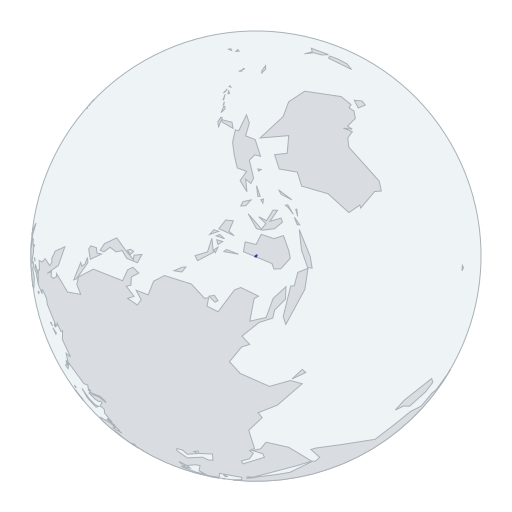 Tutong on an orthographic globe, rotated 243°
{"feature_id": "BRN-1184", "entity_name": "Tutong", "entity_type": "District", "adm_level": 1, "iso_a3": "BRN", "parent_name": "Brunei", "parent_adm1": "", "projection": "orthographic", "projection_center": [114.706, 4.599], "detail": "coarse", "context": "on_globe", "style": "filled", "palette": "violet", "viewbox_px": 512, "rotation_deg": 243, "n_neighbors": 0, "source": "natural_earth", "source_scale": "10m", "svg_char_len": 8096}
<svg xmlns="http://www.w3.org/2000/svg" viewBox="0 0 512 512"><g transform="rotate(243 256 256)"><circle cx="256" cy="256" r="225" fill="#eef3f6" stroke="#a8b0b8"/><path d="M452.7,325.4L452.4,327.0L452.2,327.2L452.7,325.4ZM364.5,58.6L371.3,62.6L363.9,58.4L381.8,70.4L385.3,75.1L376.7,66.9L372.2,64.0L372.3,65.3L367.8,62.7L365.2,62.1L359.8,59.1L355.1,55.3L351.5,53.6L351.8,54.7L346.5,53.0L346.6,51.5L337.4,48.6L328.0,43.4L331.3,43.7L348.2,50.5L364.5,58.6ZM469.1,183.3L467.3,178.4L468.3,180.9L469.1,183.3ZM466.2,175.9L466.9,177.4L466.4,176.2L466.2,175.9ZM465.9,175.3L466.1,175.7L466.0,175.8L465.9,175.3ZM465.6,175.2L465.8,175.3L465.6,175.2ZM464.5,173.5L464.1,173.0L464.0,172.3L464.5,173.5ZM377.2,66.6L376.6,65.9L378.7,67.6L377.2,66.6ZM365.8,62.6L367.4,63.7L365.4,63.0L365.8,62.6ZM355.2,58.0L351.5,56.8L354.5,57.3L355.2,58.0ZM348.8,55.7L339.7,53.6L342.6,55.7L329.5,49.1L341.5,52.7L344.7,52.8L345.4,54.0L348.8,55.7ZM323.7,46.2L320.8,45.4L322.9,45.5L323.7,46.2ZM66.9,133.6L63.2,141.9L65.2,142.9L78.9,124.8L75.5,122.7L82.1,113.6L90.6,107.7L94.6,111.0L97.3,107.7L100.8,99.2L107.9,94.1L102.8,96.0L100.3,99.5L97.0,101.1L99.1,98.0L101.5,96.1L102.0,94.2L90.3,104.8L86.6,109.5L84.2,110.4L77.7,118.7L74.8,122.2L79.4,116.1L89.8,103.9L101.0,92.5L113.0,81.9L125.7,72.2L125.5,72.4L127.6,71.0L134.8,66.3L133.4,67.5L140.6,62.9L143.8,62.2L146.0,59.6L154.5,55.1L161.2,52.4L164.4,50.7L153.6,55.4L148.9,57.8L144.2,60.4L138.0,64.1L154.2,55.0L171.1,47.3L178.6,44.6L183.5,43.8L173.1,50.6L167.0,52.6L167.6,50.9L159.0,56.1L163.5,53.9L162.3,55.3L170.2,52.3L169.7,53.2L178.1,49.1L178.4,49.9L173.1,52.4L184.9,49.7L187.9,51.2L190.8,50.3L193.1,48.8L195.3,52.3L197.4,51.5L197.5,50.0L201.6,47.6L209.7,45.0L210.0,46.3L207.1,47.4L201.6,52.2L193.8,55.6L194.8,56.0L201.6,53.4L208.4,47.4L213.2,45.5L210.8,48.1L212.1,47.0L214.6,46.5L217.4,47.5L220.4,44.7L247.4,40.4L255.5,42.7L250.3,44.9L269.5,45.6L277.2,49.7L277.2,48.0L286.4,48.3L284.2,46.9L284.9,46.2L307.6,48.1L313.1,50.1L322.9,50.6L323.0,49.9L319.4,48.3L329.5,49.1L342.6,55.7L341.8,56.7L350.5,60.8L347.7,62.8L349.3,66.9L341.1,67.8L343.2,71.5L346.4,72.8L351.5,79.4L351.0,89.9L337.3,75.6L335.3,62.1L334.9,66.7L330.8,64.2L328.1,65.2L328.2,69.0L330.8,70.3L309.5,71.7L301.4,82.4L312.1,83.5L317.9,88.4L318.1,105.1L294.5,125.9L302.0,135.5L301.8,141.3L294.0,143.8L293.9,135.3L286.8,131.4L288.0,126.7L275.4,129.0L276.5,122.4L266.2,128.0L269.1,133.8L279.8,133.7L270.3,142.3L280.0,153.3L280.1,165.6L260.3,185.7L241.7,190.9L240.3,194.8L233.5,189.6L223.5,196.9L235.5,221.4L234.8,228.2L219.1,240.0L218.9,234.9L200.7,220.9L196.6,237.1L210.4,252.0L215.0,268.7L204.2,262.7L199.5,248.1L193.1,242.7L195.4,228.5L191.0,207.1L180.1,210.2L181.5,201.9L173.9,184.4L158.5,188.6L133.7,208.8L129.4,230.2L121.2,239.1L113.4,207.2L115.4,186.7L109.2,188.1L104.0,170.4L85.2,167.3L85.6,162.0L81.4,164.0L78.3,158.2L80.0,149.9L76.7,150.0L72.8,172.1L76.7,172.3L84.2,164.7L82.1,172.6L85.5,180.4L70.7,198.3L47.9,212.5L50.8,196.5L60.2,153.1L62.8,148.7L63.0,148.2L63.5,147.3L59.0,154.4L62.4,146.3L51.8,175.4L47.8,188.1L47.5,213.4L46.2,215.8L47.7,221.4L58.7,217.1L57.6,222.4L49.2,246.5L38.6,278.8L43.0,302.8L47.3,322.9L47.3,335.0L54.0,350.8L55.0,355.7L59.5,364.6L64.0,373.6L66.8,378.2L58.5,364.4L51.2,349.9L45.0,335.0L39.9,319.7L35.9,304.0L33.0,288.1L31.3,272.0L30.7,255.9L31.3,239.7L33.1,223.7L35.9,207.8L40.0,192.1L45.1,176.8L51.3,161.9L58.6,147.4L66.9,133.6ZM93.5,125.0L99.4,127.3L105.9,115.5L108.7,115.7L109.9,111.9L106.3,114.7L110.6,104.8L116.4,102.5L120.4,98.0L118.6,97.1L107.3,103.1L101.1,116.9L95.8,121.0L93.5,125.0ZM205.0,36.8L207.7,36.1L208.9,35.9L216.8,34.3L217.4,34.4L212.9,35.4L205.0,36.8ZM75.7,127.6L72.4,130.7L73.3,128.8L74.2,128.1L75.7,127.6ZM73.1,124.7L71.5,127.6L72.1,126.0L73.1,124.7ZM207.1,36.7L210.2,35.9L208.6,36.5L207.1,36.7ZM218.3,34.5L217.1,35.0L218.4,34.3L218.3,34.5ZM149.3,432.8L154.0,435.6L151.4,435.6L149.3,432.8ZM60.2,322.6L67.1,356.9L63.3,356.3L58.1,345.7L52.4,324.6L55.3,319.4L55.5,310.2L60.2,322.6ZM272.5,311.1L279.5,312.6L279.2,313.6L272.5,311.1ZM265.2,306.9L273.2,307.8L263.9,309.1L265.2,306.9ZM276.2,308.2L284.3,306.8L287.8,305.3L287.2,307.5L276.2,308.2ZM259.9,306.6L231.0,304.1L219.7,300.5L222.3,296.8L240.6,299.2L259.9,306.6ZM221.4,296.7L204.2,284.5L181.5,251.5L189.6,252.7L213.5,273.3L212.0,276.5L222.4,285.8L221.4,296.7ZM263.3,279.9L261.7,289.7L245.7,287.6L238.4,285.5L233.4,272.3L236.2,266.1L242.1,266.8L265.5,246.8L273.5,252.8L266.2,261.3L272.9,270.5L263.3,279.9ZM130.1,232.3L133.9,245.7L129.6,247.5L130.1,232.3ZM275.2,232.6L265.6,241.2L274.5,229.4L275.2,232.6ZM280.7,221.3L281.1,226.1L277.4,221.2L280.7,221.3ZM239.8,201.1L233.5,201.8L233.5,198.5L241.5,195.8L239.8,201.1ZM280.1,176.3L279.4,185.6L278.0,188.6L275.4,182.7L280.1,176.3ZM217.1,40.9L205.4,42.5L197.3,44.8L193.5,47.3L193.9,44.9L206.2,41.4L217.1,40.9ZM243.6,40.1L246.9,38.6L248.8,39.3L248.4,39.7L243.6,40.1ZM243.2,39.1L240.9,37.4L245.0,36.7L246.0,38.1L243.2,39.1ZM223.5,35.7L220.0,36.1L221.4,35.5L223.5,35.7ZM399.3,410.5L400.8,412.4L394.3,418.4L385.8,424.3L378.8,425.8L399.3,410.5ZM340.9,421.9L341.5,414.3L350.2,414.3L345.9,420.8L340.9,421.9ZM405.2,406.0L411.0,399.5L414.1,390.9L412.4,398.9L416.0,399.6L402.5,412.0L405.2,406.0ZM310.9,388.1L266.7,399.8L257.0,397.1L259.6,391.0L251.2,371.1L254.3,371.7L252.5,358.5L278.7,348.5L297.6,328.4L312.0,330.9L323.0,316.2L337.8,318.6L333.3,330.4L348.4,339.8L359.3,313.3L367.9,343.5L378.5,355.1L380.7,374.2L359.4,404.2L347.7,409.4L345.8,406.2L340.8,409.1L333.6,407.1L330.1,396.5L325.3,399.3L330.2,391.9L323.1,398.3L319.6,391.4L310.9,388.1ZM416.4,344.2L418.4,345.3L421.3,350.9L418.2,349.6L416.4,344.2ZM447.5,330.9L448.2,333.5L446.2,333.9L447.5,330.9ZM452.2,327.2L449.8,327.9L452.7,325.4L452.2,327.2ZM427.9,328.1L428.9,330.0L428.0,330.6L427.9,328.1ZM427.1,327.3L428.5,324.5L428.2,327.5L427.1,327.3ZM417.8,310.3L419.1,308.9L419.6,310.1L417.8,310.3ZM289.7,313.5L299.4,306.5L304.7,306.2L289.7,313.5ZM416.0,306.8L412.9,306.2L413.2,304.7L416.0,306.8ZM416.3,303.2L416.0,300.9L417.9,306.3L416.3,303.2ZM410.2,297.6L414.1,301.9L409.8,298.0L410.2,297.6ZM407.9,297.9L405.1,295.8L405.3,295.2L407.9,297.9ZM375.4,297.5L386.1,311.6L377.5,310.4L367.8,301.3L360.1,308.1L342.7,305.3L346.7,301.0L344.4,293.6L326.5,289.2L322.9,284.3L329.3,281.7L317.4,277.1L330.4,276.1L335.7,286.1L343.0,279.3L355.7,282.4L368.0,286.8L377.8,294.9L375.4,297.5ZM330.4,297.0L332.7,297.2L330.7,299.9L330.4,297.0ZM399.6,289.9L403.8,295.1L403.3,296.2L401.2,295.2L399.6,289.9ZM380.1,293.5L390.7,286.7L393.2,287.2L386.1,295.3L380.1,293.5ZM388.1,281.3L393.0,283.0L395.6,287.7L394.6,288.8L388.1,281.3ZM303.9,285.9L303.4,288.5L300.0,286.1L303.9,285.9ZM308.3,284.7L318.4,288.4L307.3,286.8L308.3,284.7ZM277.5,273.1L280.4,279.5L289.8,276.3L282.7,281.4L289.1,292.1L286.9,295.9L280.6,284.2L278.4,295.5L274.2,295.0L271.9,285.0L276.1,273.4L280.2,268.8L297.2,268.2L277.5,273.1ZM308.2,277.1L305.5,269.7L307.5,265.1L310.4,269.1L308.2,277.1ZM297.6,251.8L290.5,243.1L284.1,245.7L297.2,235.4L301.8,245.4L297.6,251.8ZM291.7,233.5L285.7,235.8L292.0,229.7L291.7,233.5ZM284.1,232.9L283.5,227.3L288.3,228.4L284.1,232.9ZM294.9,234.0L296.2,224.6L298.5,230.4L294.9,234.0ZM281.7,214.7L291.8,224.7L278.6,219.7L278.4,201.8L284.0,201.8L281.7,214.7ZM315.6,149.1L314.3,144.5L319.6,144.0L318.9,147.3L315.6,149.1ZM335.4,140.1L320.6,142.4L308.4,145.2L312.1,147.6L309.1,155.1L303.8,147.3L312.5,139.8L321.6,139.2L323.2,133.2L330.0,130.0L328.8,122.4L331.9,119.7L335.8,126.6L335.4,140.1ZM327.9,119.2L328.3,106.9L338.0,110.0L340.1,113.4L335.8,117.6L330.9,115.6L327.9,119.2ZM331.2,105.1L326.5,103.3L317.1,85.6L317.5,82.8L329.8,96.9L326.0,96.1L326.6,100.2L331.2,105.1ZM321.6,46.1L320.9,45.4L323.2,46.4L321.6,46.1ZM283.4,45.5L284.8,44.8L287.4,45.6L283.4,45.5ZM290.0,43.3L286.0,42.9L290.1,42.8L290.0,43.3ZM277.2,42.2L284.4,42.4L277.7,43.1L277.2,42.2Z" fill="#d9dde1" stroke="#a8b0b8" stroke-width="1"/><path d="M256.1,255.5L256.2,255.8L256.3,255.9L256.3,256.4L256.3,256.5L256.5,256.7L256.5,256.8L256.5,257.0L256.4,257.1L256.2,257.1L256.1,256.9L256.0,256.7L255.9,256.6L255.7,256.4L255.5,256.2L255.4,256.0L255.3,255.9L255.2,255.9L255.2,255.7L255.3,255.6L255.5,255.4L256.1,254.9L256.2,255.0L256.1,255.3L256.1,255.5Z" fill="#8b5cf6" stroke="#5b21b6" stroke-width="1.5"/></g></svg>